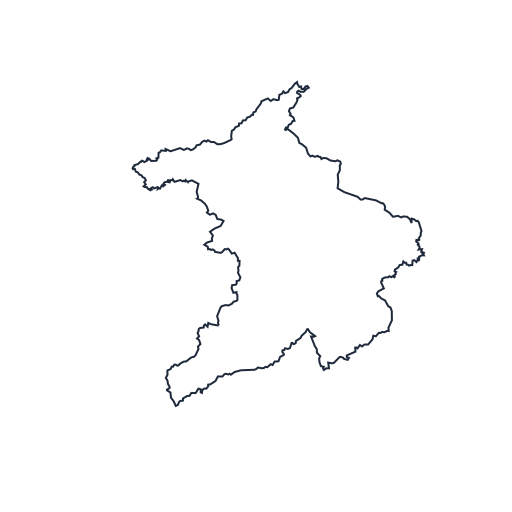 the district of Timbío, Cauca, Colombia, rotated 305°
{"feature_id": "7082276B22377249652696", "entity_name": "Timbío", "entity_type": "district", "adm_level": 2, "iso_a3": "COL", "parent_name": "Colombia", "parent_adm1": "Cauca", "projection": "albers", "projection_center": [-76.71, 2.382], "detail": "fine", "context": "isolated", "style": "outline", "palette": "slate", "viewbox_px": 512, "rotation_deg": 305, "n_neighbors": 0, "source": "geoboundaries", "source_scale": "gbopen_adm2", "svg_char_len": 6153}
<svg xmlns="http://www.w3.org/2000/svg" viewBox="0 0 512 512"><g transform="rotate(305 256 256)"><path d="M257.0,104.7L256.6,105.4L257.8,106.8L256.2,109.1L256.7,111.2L255.8,113.9L256.4,115.9L255.6,117.8L256.0,120.1L254.8,122.4L252.4,122.0L251.4,124.6L248.6,124.0L248.7,125.4L249.8,127.1L249.1,128.4L249.2,131.8L250.7,132.5L250.8,130.9L253.1,131.9L253.2,134.1L256.1,135.9L255.9,136.8L254.7,137.2L255.9,137.7L256.1,138.7L259.7,138.4L259.8,140.0L262.0,140.6L261.8,138.8L263.6,138.7L265.4,140.0L266.4,142.1L267.0,140.6L267.7,140.5L267.9,142.7L269.0,142.3L269.9,143.9L271.2,143.8L270.0,146.7L274.8,150.5L275.1,153.1L276.4,153.8L276.4,155.1L277.9,154.9L277.4,157.9L278.1,157.8L281.2,160.1L282.1,167.5L274.5,170.6L271.4,174.4L269.9,175.2L269.2,174.9L270.0,179.0L269.5,184.1L268.2,187.5L265.7,190.9L263.4,190.9L263.4,194.6L266.3,196.4L266.6,199.3L264.1,203.2L265.9,206.7L266.1,209.3L260.3,209.8L254.8,206.4L249.5,204.4L248.1,208.9L244.8,209.9L243.2,211.4L239.0,208.2L235.6,207.2L235.9,211.2L234.0,212.9L235.2,214.3L235.2,215.8L236.6,216.8L236.7,218.8L235.9,220.1L238.2,225.1L239.5,226.0L243.7,226.4L244.3,227.8L245.8,228.6L245.8,230.2L244.1,234.8L246.4,236.6L243.8,242.5L241.7,243.9L242.6,245.3L238.4,248.0L236.6,247.7L233.9,250.1L232.0,250.8L229.5,255.5L226.4,256.3L224.4,254.5L222.7,255.8L221.0,256.0L218.4,253.2L215.7,254.4L212.9,258.6L215.2,260.7L214.2,261.3L213.4,263.1L209.3,266.0L207.9,265.7L205.7,263.8L203.2,263.7L199.8,261.9L198.3,259.2L195.4,256.8L193.7,256.5L184.5,258.6L181.3,262.5L179.5,263.1L178.4,264.6L177.2,264.5L174.2,258.1L173.8,255.3L170.3,256.9L170.8,253.6L169.2,253.2L167.4,254.2L165.0,251.5L163.2,251.0L161.3,252.1L159.5,252.3L157.5,255.5L154.6,255.0L154.5,257.6L152.0,261.0L148.5,260.4L146.9,262.2L140.1,263.4L138.2,263.1L135.6,261.1L129.6,259.3L128.3,257.6L126.3,256.5L123.4,255.3L122.0,255.4L121.0,254.3L121.0,252.6L120.1,251.4L117.7,251.5L117.0,250.4L114.5,250.9L111.3,249.1L108.0,251.6L104.4,252.1L103.0,255.2L100.9,257.0L99.0,260.6L97.8,260.9L95.6,259.7L94.9,260.1L95.1,264.2L91.2,267.6L89.7,272.0L87.2,276.3L89.4,277.4L92.3,276.7L93.8,277.1L95.6,279.1L97.5,277.9L101.8,279.9L103.3,281.7L106.8,281.6L109.1,285.2L114.3,284.9L115.1,287.2L112.6,288.9L112.8,290.2L115.5,288.9L117.7,289.7L118.9,291.4L121.7,291.6L123.2,290.6L124.5,292.1L130.3,294.5L135.5,293.9L138.0,297.6L141.0,297.9L142.1,298.7L143.1,301.3L144.5,302.0L144.4,303.5L148.7,305.0L153.8,309.3L161.8,319.8L163.2,320.9L165.8,321.6L167.3,325.0L168.6,326.6L170.5,327.3L171.4,329.0L175.9,330.2L176.2,332.1L180.2,331.8L182.6,334.8L187.1,333.6L190.9,335.5L191.8,334.9L192.5,332.6L193.9,331.8L195.2,333.1L197.0,332.7L198.3,335.6L200.1,336.6L205.2,335.0L205.7,335.7L205.3,337.4L207.2,338.5L209.4,337.5L214.4,339.5L216.7,339.1L222.1,340.3L225.3,339.9L225.9,340.5L224.5,343.7L224.3,350.4L223.0,349.7L221.6,347.3L215.7,356.3L214.6,359.2L211.7,361.4L210.8,366.1L208.4,366.4L205.3,369.0L203.0,372.4L204.1,375.1L202.6,375.3L201.8,376.7L200.7,376.7L204.3,378.0L205.9,380.2L210.1,376.3L211.6,379.7L213.1,381.1L221.1,382.4L222.0,383.4L222.7,385.9L222.2,387.2L223.5,390.7L225.8,390.6L225.3,388.4L226.6,387.4L234.7,392.3L237.9,389.8L238.5,390.5L238.5,392.1L242.7,392.2L242.7,394.7L245.7,395.6L247.8,398.6L254.6,399.2L258.0,397.8L259.0,400.2L263.5,400.7L264.4,402.2L266.0,402.8L267.3,405.0L270.0,406.5L270.7,407.7L273.3,405.6L281.3,404.2L288.8,398.8L291.0,395.6L290.7,393.2L293.6,387.3L293.1,382.8L293.7,379.5L292.9,378.9L294.6,376.5L297.3,376.5L302.8,379.3L306.1,373.6L307.3,373.1L308.1,373.7L309.5,372.5L312.1,373.7L314.5,376.5L315.9,376.8L316.2,378.9L317.8,379.5L317.9,381.5L318.7,381.5L319.5,380.2L321.3,380.9L322.2,379.9L323.3,380.0L323.1,378.2L324.5,377.6L328.2,379.1L331.1,378.9L332.8,380.9L336.0,379.8L335.7,381.6L336.6,382.9L335.4,384.3L336.1,385.8L335.9,387.0L337.3,387.8L338.1,389.2L342.1,386.9L343.4,388.1L343.1,390.9L345.2,390.6L345.6,391.8L346.3,391.9L347.0,391.4L347.1,390.0L348.3,390.7L349.0,390.0L351.9,391.7L352.8,393.1L353.6,390.9L354.3,391.9L355.0,391.7L354.2,388.9L356.8,388.1L354.6,385.5L356.3,385.5L357.5,384.5L357.9,382.2L359.0,382.5L359.5,381.7L359.8,378.8L361.2,378.2L362.3,380.4L363.0,380.5L363.7,379.2L367.2,379.2L369.6,377.6L371.3,377.3L376.9,370.2L377.5,368.2L376.5,367.3L376.7,364.3L375.9,362.1L372.2,364.5L374.4,361.1L374.8,357.3L373.0,354.1L370.9,352.8L370.3,349.3L366.7,345.7L368.0,340.4L367.7,334.9L370.3,333.6L371.6,331.6L372.0,329.5L371.2,328.5L370.4,322.4L365.8,311.8L363.5,311.0L362.2,309.3L362.8,305.3L359.0,291.9L358.3,284.0L364.0,280.9L369.5,276.3L374.4,275.5L378.2,272.7L380.2,272.6L381.6,270.9L381.1,267.8L379.2,266.8L377.0,262.4L376.4,257.4L374.8,254.8L373.0,254.0L374.1,252.0L373.3,250.7L373.5,249.3L370.9,247.1L370.5,244.6L368.8,243.5L369.7,239.8L373.4,235.0L373.9,230.1L373.5,226.6L376.9,222.5L377.9,216.3L378.2,208.7L376.3,208.1L376.2,207.3L378.4,206.8L379.8,208.2L382.3,207.6L384.4,208.9L387.4,208.6L388.8,210.0L391.0,207.1L390.8,203.0L392.2,202.9L393.5,199.9L396.3,199.2L399.0,201.4L404.9,201.1L407.6,200.5L408.4,199.3L409.2,199.3L410.4,200.4L412.7,200.9L413.3,200.0L413.1,196.1L414.5,195.5L415.9,196.2L415.9,198.0L417.9,200.9L422.2,201.6L424.1,202.7L424.8,200.6L423.2,199.3L420.1,199.3L419.0,197.5L420.7,195.6L419.3,194.6L420.7,191.1L422.0,189.9L419.4,189.0L414.1,188.8L411.9,187.9L408.6,188.2L406.0,186.3L406.6,184.0L403.7,184.2L401.5,182.7L397.0,185.0L395.8,183.9L394.5,180.4L391.5,179.2L391.8,175.3L385.9,171.7L383.6,172.5L376.4,172.2L374.2,172.8L372.1,171.5L369.9,172.6L369.2,171.6L366.7,171.2L364.5,169.4L361.2,169.6L359.5,167.5L356.3,168.0L354.8,166.1L352.8,167.3L349.7,165.3L346.9,165.4L344.7,164.4L339.8,167.0L337.8,169.0L336.6,168.8L330.2,165.1L327.3,162.8L325.4,160.2L325.3,156.3L323.5,153.7L323.4,150.8L323.0,150.0L321.3,149.8L320.9,147.6L318.5,146.4L315.1,146.2L312.7,143.9L310.3,144.2L307.1,143.2L305.2,141.8L305.4,139.9L304.5,137.7L301.5,136.1L300.8,131.9L292.8,125.9L291.8,120.6L290.4,121.8L288.1,117.8L285.9,117.8L284.7,117.0L280.5,119.7L278.9,118.4L278.2,119.8L276.8,119.7L273.7,115.6L274.5,112.8L274.1,111.0L272.7,111.2L273.0,112.4L271.5,112.0L268.8,110.6L268.9,108.4L268.4,107.6L267.0,107.8L266.3,107.1L263.6,106.6L260.7,104.3L259.7,104.9L258.8,104.3L257.0,104.7Z" fill="none" stroke="#1e293b" stroke-width="2"/></g></svg>